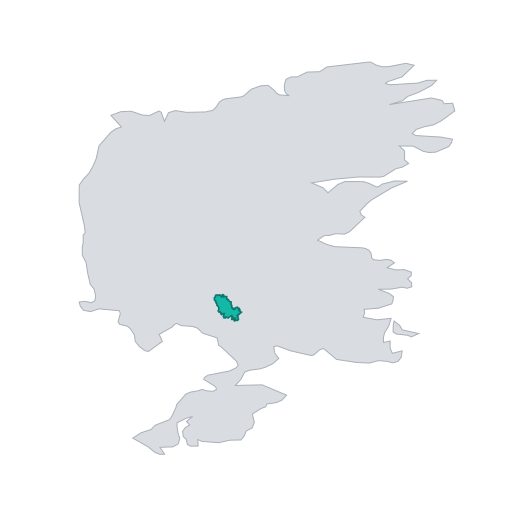 Carrick-On-Shannon Lea-6, Leitrim, Ireland shown in context, rotated 186°
{"feature_id": "5873133B60046508730190", "entity_name": "Carrick-On-Shannon Lea-6", "entity_type": "district", "adm_level": 2, "iso_a3": "IRL", "parent_name": "Ireland", "parent_adm1": "Leitrim", "projection": "robinson", "projection_center": [-7.954, 53.923], "detail": "fine", "context": "in_parent", "style": "filled", "palette": "teal", "viewbox_px": 512, "rotation_deg": 186, "n_neighbors": 0, "source": "geoboundaries", "source_scale": "gbopen_adm2", "svg_char_len": 8415}
<svg xmlns="http://www.w3.org/2000/svg" viewBox="0 0 512 512"><g transform="rotate(186 256 256)"><path d="M338.5,77.2L325.5,83.9L323.5,86.4L319.8,96.9L319.4,99.9L311.2,111.5L306.6,113.9L299.7,115.8L295.8,117.7L290.9,116.7L284.6,116.9L281.5,119.0L281.7,120.6L283.6,122.4L295.1,127.8L294.4,130.0L291.2,132.5L270.5,138.8L264.3,142.6L262.2,145.1L264.4,149.3L280.9,161.8L283.7,163.2L286.2,170.5L300.8,173.6L306.8,178.2L311.9,179.3L323.1,178.9L327.6,180.6L330.1,179.3L331.6,176.9L344.1,167.9L340.2,161.3L352.8,149.9L356.2,150.1L362.2,153.5L367.1,158.4L368.7,164.8L373.4,170.6L376.3,172.6L384.4,173.8L386.3,176.1L384.9,184.5L386.1,187.3L406.6,187.0L414.8,183.4L421.9,184.0L425.5,187.8L427.1,191.7L421.0,193.1L414.6,192.3L411.5,194.9L411.3,199.8L413.6,206.1L417.9,210.6L421.4,220.7L424.4,231.9L428.8,238.6L429.8,247.0L429.2,251.1L430.1,258.6L428.3,261.2L429.8,268.1L437.5,290.6L439.2,308.1L435.6,314.6L430.7,320.9L427.5,328.3L425.1,336.2L423.7,349.1L413.1,364.1L408.6,367.9L403.3,370.2L415.0,380.7L405.5,385.4L395.2,386.9L383.7,384.3L376.6,384.6L367.5,390.1L365.4,389.1L361.1,380.4L358.0,389.4L351.4,392.2L340.1,391.6L321.2,394.0L313.9,396.5L310.9,400.5L308.6,405.1L305.7,407.8L302.4,409.2L287.7,412.6L284.9,414.0L278.1,421.4L269.2,425.7L261.8,427.0L255.3,422.7L252.6,420.1L249.6,418.7L239.6,418.9L242.7,420.3L244.8,423.3L245.7,429.2L244.6,434.9L239.6,437.8L233.7,438.4L224.3,444.3L212.0,445.9L205.3,451.4L164.4,460.6L162.0,460.8L156.4,458.4L150.3,457.4L144.2,458.1L127.0,463.3L118.7,462.2L129.5,449.4L143.7,442.9L145.2,441.1L140.6,440.3L113.6,444.8L104.1,448.6L94.7,449.7L99.2,443.9L111.3,435.8L121.8,430.6L126.4,425.8L139.2,420.5L98.1,431.5L87.3,430.2L84.8,427.1L76.4,428.5L73.4,421.1L85.9,409.8L93.2,404.9L101.8,402.3L110.1,398.5L113.3,393.9L109.4,392.5L84.6,393.6L72.8,392.7L73.5,389.0L75.7,385.0L88.1,378.1L94.8,377.0L100.7,377.6L111.1,381.7L125.0,380.4L119.2,376.0L118.3,367.0L113.9,364.0L119.6,359.8L126.2,357.3L137.1,348.7L141.0,347.4L162.4,345.3L185.5,340.7L208.4,334.5L196.7,331.0L191.1,326.4L182.0,335.7L175.5,339.3L157.1,341.2L151.3,340.1L143.2,337.2L140.6,338.3L138.2,340.6L126.0,345.1L113.2,346.2L128.2,337.9L147.2,323.7L151.4,319.2L157.4,311.4L155.6,307.9L151.8,305.9L165.5,289.9L170.3,287.0L179.1,286.5L185.5,284.0L188.3,283.9L190.8,283.0L196.4,278.2L187.8,275.1L178.9,273.5L151.3,275.2L147.7,274.9L144.3,273.4L142.1,271.3L140.5,265.8L138.5,264.6L132.2,264.6L126.1,266.2L121.8,266.1L117.6,263.7L124.4,258.1L115.8,256.8L107.0,257.9L99.8,256.2L99.6,252.7L102.9,249.2L98.6,245.9L97.8,241.7L102.4,239.7L107.4,240.3L117.7,237.3L130.9,235.7L119.7,232.7L115.2,230.1L115.0,226.1L116.0,222.6L129.0,216.8L142.9,214.3L142.0,210.5L143.0,206.3L129.0,205.2L115.1,208.1L116.7,200.2L120.1,193.1L120.8,188.4L120.2,183.3L113.7,185.5L113.0,178.4L110.3,173.5L100.7,176.9L101.0,170.5L103.8,166.0L108.8,164.0L113.8,164.9L123.0,164.8L132.0,161.4L144.8,160.6L165.2,161.6L179.2,171.1L182.8,169.4L188.5,163.4L191.1,162.8L212.3,165.4L225.4,168.8L228.9,167.8L227.1,161.1L222.6,156.5L228.3,150.4L235.2,146.3L239.8,144.3L250.5,141.7L255.1,139.4L258.2,131.6L263.1,125.1L236.4,128.5L211.1,120.8L215.1,115.4L220.5,112.3L229.8,109.9L230.6,107.1L235.3,104.7L243.1,98.5L240.3,90.5L241.8,84.6L247.4,80.9L249.1,75.5L251.6,71.5L262.8,70.1L273.7,66.4L290.4,66.0L294.7,67.4L293.7,60.9L301.5,60.1L304.6,61.4L306.0,66.0L309.5,68.9L310.6,74.0L308.3,78.0L304.3,81.0L307.9,84.1L302.3,89.8L308.4,87.4L317.1,81.9L316.6,77.4L315.1,71.7L312.7,66.6L313.8,61.0L318.7,57.5L331.5,55.7L326.2,49.3L330.9,48.7L336.0,50.1L343.5,55.0L359.5,62.0L351.8,68.2L342.2,72.5L338.5,77.2ZM112.3,202.8L111.9,205.8L105.8,202.0L102.9,197.8L86.1,195.9L93.1,191.7L96.6,193.0L108.4,193.1L111.8,194.9L112.3,202.8Z" fill="#d9dde1" stroke="#a8b0b8" stroke-width="1"/><path d="M292.4,211.8L292.3,211.4L292.2,211.3L292.2,210.9L292.4,210.9L292.5,210.8L292.5,210.6L292.7,210.4L292.7,210.2L293.1,210.0L293.1,209.6L293.0,209.1L292.9,208.8L292.8,208.2L292.7,207.7L292.4,207.4L292.1,207.4L292.0,207.2L291.4,207.2L291.2,206.6L291.3,206.1L290.8,205.5L290.6,205.5L290.8,205.1L290.5,204.8L290.4,204.6L290.2,204.7L290.0,204.4L289.9,204.4L289.7,203.7L289.8,203.7L289.8,203.4L289.8,202.9L289.5,202.8L289.4,202.6L289.1,202.3L289.0,202.2L288.7,202.2L288.4,202.0L288.4,201.8L288.2,201.6L287.9,201.3L287.8,201.2L287.7,200.9L287.7,200.7L287.7,200.4L287.4,200.2L287.4,199.8L287.6,199.4L287.4,198.5L287.5,198.2L287.8,197.7L288.0,197.4L287.8,197.2L287.5,197.1L287.1,196.8L286.9,196.6L286.9,196.3L286.3,196.3L286.0,196.4L285.8,196.7L285.6,196.4L285.3,196.3L284.9,195.8L284.7,195.7L284.9,195.3L285.0,195.3L285.1,195.2L284.9,194.9L284.7,194.6L284.4,194.1L284.2,194.3L284.2,194.5L284.1,194.4L283.6,194.4L283.5,194.8L283.2,195.0L282.7,195.0L282.5,194.7L282.2,194.6L281.9,194.8L282.0,194.9L282.1,195.0L282.3,195.1L282.5,195.3L281.9,195.5L281.5,195.6L281.4,195.4L281.4,195.2L281.5,195.1L281.8,194.8L281.8,194.6L281.7,194.5L281.6,194.0L281.8,193.4L282.0,193.2L282.2,192.7L282.3,192.3L282.1,192.2L281.9,192.1L281.3,191.8L280.8,191.8L280.7,191.4L280.9,191.3L281.0,191.2L280.9,191.2L280.6,191.2L280.3,191.0L280.2,191.0L280.0,191.5L279.7,191.7L279.7,192.0L279.8,192.0L279.7,192.1L279.3,192.2L278.7,192.0L278.6,191.8L278.3,191.6L277.4,191.6L277.0,191.5L276.9,191.8L276.9,192.1L276.5,192.3L276.4,192.4L276.3,192.5L276.2,192.5L275.5,193.0L275.3,193.1L275.3,193.3L275.2,193.4L274.8,193.5L274.5,193.7L274.4,193.9L274.3,194.0L274.3,193.9L274.2,193.8L273.8,193.8L273.8,193.5L273.6,193.5L273.6,193.4L273.4,193.3L273.2,193.4L273.1,193.2L272.7,192.9L272.8,192.8L272.8,192.6L272.8,192.4L273.0,192.3L272.9,191.9L273.3,192.0L273.6,191.9L273.6,191.7L273.6,191.4L273.7,191.2L273.5,190.5L273.5,190.4L272.9,190.5L272.6,190.6L272.1,190.4L272.1,190.5L272.4,190.9L272.4,191.1L272.1,191.3L271.8,191.4L271.4,191.7L271.0,191.8L270.7,192.0L270.3,192.1L270.0,192.1L270.2,191.2L270.2,190.9L270.3,190.9L270.4,191.0L270.6,191.0L270.7,190.8L270.9,190.7L270.9,190.4L271.0,190.3L271.0,190.1L270.8,189.9L271.0,189.7L270.9,189.4L270.7,189.4L270.5,189.6L270.4,189.5L270.4,189.3L270.1,189.4L269.9,189.5L269.6,189.7L269.2,190.2L268.8,190.3L268.5,189.8L268.4,189.8L267.9,189.9L267.7,189.9L267.5,190.1L267.4,190.5L267.3,190.8L267.0,191.1L266.8,191.1L266.8,191.3L266.9,191.5L267.0,191.8L267.0,192.1L267.0,192.3L267.3,192.5L267.5,192.5L267.7,193.0L267.6,193.5L267.8,193.7L267.6,193.9L267.5,194.2L267.6,194.5L267.8,194.5L268.1,194.7L268.3,194.7L268.5,194.8L268.4,194.9L268.2,195.1L268.2,195.5L268.0,195.8L267.6,196.1L267.3,196.1L266.8,196.0L266.7,196.1L266.6,196.4L266.3,196.8L266.2,197.3L265.9,197.4L265.6,197.5L264.8,198.1L264.6,198.4L264.5,198.6L265.0,198.7L265.3,198.8L265.8,199.0L265.7,199.4L265.8,199.6L266.0,199.7L266.6,199.7L267.0,199.6L267.2,199.9L267.3,199.9L267.4,200.0L267.2,200.4L267.0,200.6L266.7,200.7L266.4,200.9L266.4,201.0L266.7,201.2L266.9,201.6L267.1,201.7L267.0,201.9L267.1,202.1L268.1,201.7L268.0,202.2L268.5,202.3L268.6,202.5L268.8,203.0L269.0,203.2L269.5,203.0L270.1,202.9L270.1,202.7L270.5,202.5L270.7,202.3L270.9,202.3L271.3,202.0L271.7,201.8L271.7,201.7L271.9,201.5L272.0,201.3L271.7,201.1L271.4,201.0L271.5,200.7L272.1,200.4L272.3,200.4L272.6,200.6L272.9,200.6L273.2,200.6L273.3,200.7L273.3,200.8L273.1,200.9L273.1,201.0L273.1,201.3L273.2,201.6L273.5,201.9L273.7,202.1L273.9,202.1L274.1,202.0L274.2,201.8L274.6,201.9L274.7,202.1L274.8,202.3L275.0,202.5L275.0,202.8L274.9,203.0L274.8,203.4L274.7,203.8L274.8,204.1L275.1,204.2L275.1,204.6L275.7,205.0L276.0,205.5L275.7,205.7L275.7,205.9L276.0,206.6L276.0,206.8L275.7,207.4L276.1,207.9L276.5,207.8L277.0,207.8L277.3,207.7L277.7,208.0L278.0,208.7L278.6,209.0L278.8,209.5L279.1,209.8L279.7,209.5L280.1,209.5L280.4,209.9L280.5,210.4L280.4,210.5L280.6,210.6L280.9,210.9L280.9,211.5L280.9,211.8L280.9,212.0L280.7,212.2L280.8,212.3L280.9,212.6L281.3,212.5L281.5,212.6L282.7,212.3L282.7,212.5L283.2,212.4L283.4,212.3L283.5,212.2L283.6,211.8L283.8,211.7L283.9,211.8L284.0,211.9L283.9,212.4L283.9,212.5L283.7,212.7L283.7,213.0L283.8,213.2L284.0,213.1L284.2,212.9L284.3,213.0L284.5,213.2L284.8,213.0L284.9,213.4L284.7,213.5L284.4,214.0L285.1,214.2L285.3,214.1L285.5,214.0L285.5,213.8L285.6,213.7L285.6,213.2L285.6,212.8L285.5,212.6L285.5,212.4L285.3,212.2L285.6,211.9L286.0,211.5L286.3,211.6L286.7,212.3L286.9,212.9L287.2,213.0L287.6,213.4L287.7,213.6L288.4,213.6L288.6,213.5L288.6,213.4L289.2,213.0L289.1,212.9L289.5,212.7L289.8,212.7L290.5,213.3L290.8,213.1L291.7,213.1L291.8,212.4L292.0,212.3L292.0,212.2L292.3,212.0L292.4,211.8Z" fill="#14b8a6" stroke="#0f766e" stroke-width="1.5"/></g></svg>